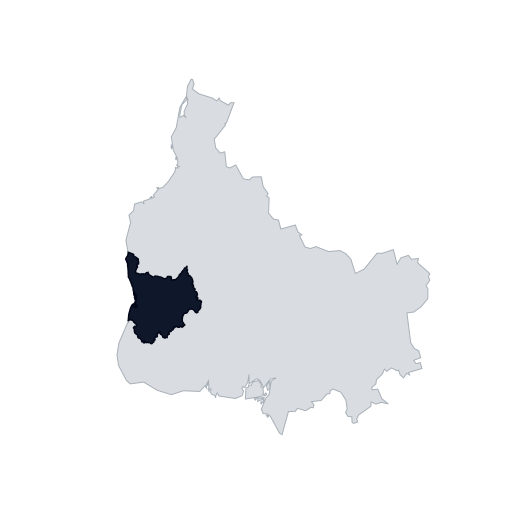 where Bahia sits in Brazil, rotated 164°
{"feature_id": "BRA-624", "entity_name": "Bahia", "entity_type": "State", "adm_level": 1, "iso_a3": "BRA", "parent_name": "Brazil", "parent_adm1": "", "projection": "natural_earth1", "projection_center": [-41.603, -13.426], "detail": "fine", "context": "in_parent", "style": "filled", "palette": "ink", "viewbox_px": 512, "rotation_deg": 164, "n_neighbors": 0, "source": "natural_earth", "source_scale": "10m", "svg_char_len": 9703}
<svg xmlns="http://www.w3.org/2000/svg" viewBox="0 0 512 512"><g transform="rotate(164 256 256)"><path d="M152.2,106.8L156.6,111.1L162.1,109.1L163.8,111.9L166.9,107.9L174.4,103.8L176.0,100.0L180.8,97.8L181.2,95.3L175.7,94.5L174.3,84.0L169.6,77.4L176.0,80.8L181.7,80.6L185.6,84.0L186.9,79.9L201.1,74.9L204.2,71.5L204.0,68.4L208.3,68.2L209.5,69.7L208.2,75.0L211.8,76.4L213.1,80.7L210.5,84.0L209.3,92.7L212.0,101.7L218.7,106.9L221.6,106.2L223.0,103.3L225.6,103.9L233.2,99.2L242.8,100.7L241.3,96.8L242.8,94.3L244.7,95.4L251.0,93.6L258.0,98.1L261.0,95.9L267.7,97.5L280.2,77.1L282.2,79.2L286.4,98.0L288.5,100.9L292.6,102.6L293.1,107.3L286.0,116.4L281.6,119.3L275.8,131.6L270.2,133.4L276.1,133.7L284.9,127.5L286.6,135.4L288.9,137.9L298.0,135.1L295.3,144.0L298.8,136.9L303.0,132.8L305.0,134.0L306.0,132.7L305.2,129.5L307.9,125.6L315.0,124.7L330.0,131.5L331.1,135.0L333.2,132.6L336.7,135.3L337.6,138.2L335.8,140.3L336.6,141.3L338.5,139.3L338.9,141.2L337.2,143.2L336.1,149.3L338.5,146.8L340.2,142.2L340.5,145.5L347.3,141.3L363.0,146.5L375.6,146.0L388.0,154.2L398.7,165.7L412.2,167.8L414.8,172.0L418.3,188.5L416.9,199.3L411.7,210.2L397.1,228.1L397.0,226.7L394.3,234.8L389.7,242.0L387.6,243.1L386.0,239.9L384.7,241.5L382.7,249.1L384.3,271.1L381.7,283.7L382.0,288.8L378.0,294.1L376.8,306.8L367.3,322.9L366.9,330.3L361.2,333.3L358.4,339.4L351.0,339.6L349.4,337.3L348.9,339.8L337.4,340.5L338.0,342.6L330.8,347.7L326.7,347.6L319.5,351.9L310.5,359.6L308.9,363.3L307.2,361.9L306.7,363.5L304.6,362.8L307.3,365.0L305.2,367.4L304.6,371.5L306.3,380.5L304.6,393.8L297.2,401.5L288.2,419.8L279.6,428.1L279.3,425.3L285.5,421.9L290.7,411.9L290.8,410.1L287.2,411.2L285.0,408.0L286.1,411.2L285.2,414.9L279.9,421.0L278.3,425.9L278.9,428.6L275.1,438.0L269.6,443.8L268.3,443.0L268.2,438.3L271.2,434.1L266.0,427.5L254.6,420.0L251.0,415.9L247.9,418.1L247.5,415.2L241.0,408.7L238.0,410.4L234.9,409.4L247.9,391.9L249.5,392.0L249.2,390.3L263.9,379.8L265.0,371.1L262.1,364.8L257.3,364.8L259.9,350.0L256.8,347.8L250.4,349.1L246.9,333.7L241.6,331.0L237.6,332.9L229.1,330.7L230.0,320.6L227.1,312.5L229.5,310.8L227.3,308.5L232.1,293.7L229.2,286.9L224.5,284.3L224.7,275.1L209.7,275.0L209.0,267.4L206.1,263.7L208.6,263.6L206.4,251.1L201.7,248.2L195.8,248.5L185.1,240.3L173.9,238.1L169.1,233.6L165.7,226.6L165.3,211.8L155.6,213.6L138.9,225.3L133.9,223.8L122.2,224.3L122.7,209.2L117.1,214.3L109.3,214.6L107.5,209.9L100.6,208.9L102.5,204.9L93.7,191.1L96.0,188.7L95.6,184.9L100.7,180.6L99.8,177.1L102.6,167.7L111.1,161.8L119.8,158.6L126.6,159.8L131.2,130.0L129.3,123.4L125.6,119.8L125.8,112.9L133.2,112.2L131.9,108.4L127.5,108.3L127.5,102.1L141.4,102.0L141.3,99.4L143.4,101.7L147.8,98.2L150.2,102.1L150.5,107.1L152.2,106.8ZM290.2,119.6L305.6,121.4L302.0,131.9L299.2,132.1L298.6,133.9L296.4,133.0L293.9,135.7L288.1,135.7L286.0,130.4L287.5,129.1L285.7,127.2L286.9,121.1L290.2,119.6ZM277.1,132.3L279.4,124.7L281.9,123.7L281.7,128.3L277.1,132.3ZM294.5,115.9L293.0,118.7L289.5,118.1L290.0,116.3L294.5,115.9ZM289.2,112.8L288.6,118.6L287.1,118.0L289.2,112.8ZM296.9,119.6L294.7,119.9L293.7,119.4L296.4,117.7L296.9,119.6ZM286.9,119.8L284.6,121.7L283.7,120.7L285.3,119.0L286.9,119.8ZM291.0,114.7L289.9,113.5L291.8,112.4L291.9,113.5L291.0,114.7ZM289.8,99.9L288.5,100.2L288.2,98.1L289.5,97.9L289.8,99.9ZM306.9,386.0L306.5,384.2L307.4,382.5L307.8,383.0L306.9,386.0ZM332.1,347.0L332.4,349.0L330.9,348.6L332.1,347.0ZM305.9,372.8L305.3,371.7L306.3,370.6L306.6,371.0L305.9,372.8ZM338.1,145.5L337.1,147.7L338.1,144.6L338.1,145.5ZM386.7,243.4L385.2,244.0L386.2,242.3L386.7,243.4ZM341.6,341.3L340.0,342.0L339.7,341.6L340.6,340.6L341.6,341.3ZM384.2,247.3L383.6,248.5L383.3,247.8L384.2,247.3ZM334.0,130.7L334.1,131.9L333.6,131.7L334.0,130.7Z" fill="#d9dde1" stroke="#a8b0b8" stroke-width="1"/><path d="M395.3,229.4L396.6,229.1L397.0,228.6L396.4,229.7L394.6,234.3L393.5,236.4L391.3,240.0L389.0,242.8L387.7,243.6L387.3,243.6L387.5,242.8L387.7,242.7L387.8,242.8L387.6,242.3L387.8,242.0L387.5,241.6L387.5,240.8L386.5,240.6L386.4,240.0L386.0,239.8L386.0,239.3L385.8,239.7L385.7,240.4L385.5,240.7L385.6,240.9L385.0,241.9L384.7,241.8L384.6,241.5L384.4,240.8L384.7,240.3L384.6,240.1L384.1,240.9L384.5,241.6L384.7,242.0L384.9,242.2L385.1,242.0L385.7,242.2L385.5,242.6L385.5,243.1L385.2,243.5L384.3,244.3L384.4,244.6L385.0,244.9L383.9,245.8L383.7,246.6L383.8,247.1L383.1,247.0L383.1,246.7L382.9,247.3L382.9,248.0L382.7,248.4L382.7,249.0L382.7,249.3L382.8,249.2L382.8,248.7L382.9,248.2L383.1,248.1L383.3,248.3L383.5,248.7L383.4,249.1L383.7,250.0L383.5,250.5L383.6,251.5L383.4,251.5L383.2,251.3L383.0,250.8L382.7,250.6L382.7,250.3L382.3,250.3L382.2,250.6L382.5,250.4L382.5,250.8L382.8,251.0L383.2,251.6L383.5,251.8L383.3,251.9L382.9,251.8L382.8,252.1L382.9,252.5L383.4,253.0L383.6,253.7L383.2,253.9L383.0,253.7L382.8,253.8L382.9,254.1L382.8,254.5L383.1,254.8L382.9,254.2L383.8,253.7L383.7,253.0L383.8,252.7L383.5,252.4L383.7,252.1L384.0,252.1L384.0,253.1L383.5,255.1L383.5,256.1L383.4,256.4L383.4,257.1L382.8,259.6L383.1,260.7L383.0,260.9L383.2,261.0L383.4,265.0L384.0,269.6L384.5,271.0L383.8,273.0L383.7,274.1L383.3,275.0L383.3,275.8L382.9,276.6L382.6,278.7L382.2,280.1L382.3,281.0L382.1,281.5L381.9,282.7L381.6,283.6L381.5,284.9L381.8,286.4L381.8,287.6L382.2,288.6L382.1,288.9L381.2,289.9L381.0,290.4L379.9,290.9L379.2,291.7L378.2,293.5L377.8,294.8L373.6,291.7L373.2,290.9L373.6,290.1L373.4,289.4L372.7,288.9L372.5,288.4L372.0,288.1L371.8,287.4L371.1,287.3L371.1,287.0L371.2,286.3L371.1,286.0L370.8,286.2L370.7,286.0L370.9,285.5L370.6,285.6L370.4,286.0L370.1,285.8L370.2,284.9L370.5,284.5L370.4,283.2L370.9,281.2L371.2,280.7L371.8,280.9L372.6,280.9L373.1,280.5L373.1,280.2L372.8,279.6L373.0,278.0L373.5,277.6L374.0,277.6L374.1,277.2L374.7,276.2L375.6,275.4L375.9,274.3L376.3,273.7L376.1,273.0L375.7,272.4L375.1,272.3L374.3,271.5L374.1,271.3L373.8,271.4L373.3,270.6L372.3,270.6L371.3,270.2L370.7,270.4L370.4,270.0L369.8,269.7L369.0,269.9L368.5,269.4L367.8,269.4L367.4,269.2L366.7,269.8L365.8,270.2L364.5,269.8L364.3,269.9L364.0,267.5L360.4,263.8L359.9,263.9L359.2,264.4L358.0,264.5L357.4,263.8L357.0,263.9L356.4,263.7L355.2,263.0L354.1,262.1L353.4,262.1L351.4,260.3L350.9,259.6L349.2,259.2L348.2,259.4L347.3,259.9L346.9,260.6L346.5,260.7L343.7,259.8L343.4,259.5L343.4,258.9L343.3,258.5L344.0,256.4L343.2,256.0L342.7,256.0L342.3,255.7L342.0,255.9L340.9,255.7L340.5,255.4L340.3,255.6L339.6,255.5L336.9,256.9L335.4,258.1L335.2,258.7L335.0,258.9L333.2,260.0L332.3,260.2L331.5,261.3L330.4,262.1L329.5,262.1L329.1,262.8L328.7,263.1L328.5,263.6L328.0,264.1L326.5,264.0L326.1,264.5L325.3,265.1L325.2,265.0L326.1,262.7L325.7,261.5L326.6,259.9L326.5,259.1L326.1,258.0L326.5,256.5L325.8,256.0L325.4,255.3L324.8,254.9L324.4,253.8L324.0,253.1L323.7,251.8L323.6,249.8L324.0,247.9L324.3,247.4L325.1,246.8L325.2,246.3L325.1,245.9L324.3,245.5L324.4,243.9L325.3,243.0L325.1,242.7L324.1,241.9L323.8,241.3L323.8,240.7L324.5,239.6L324.4,238.7L324.2,238.4L323.2,238.0L322.9,237.1L323.0,234.8L323.6,234.4L324.0,233.8L324.7,233.5L325.2,233.0L324.9,232.5L324.4,232.3L323.6,232.3L323.5,231.5L323.7,231.2L324.8,230.7L325.0,230.1L324.1,229.5L322.0,228.9L321.7,228.2L321.1,227.7L321.0,227.4L321.1,227.0L321.3,226.5L321.9,225.9L322.6,223.9L323.8,223.2L323.4,222.4L323.1,222.2L323.2,221.9L324.9,220.2L325.4,220.1L327.0,219.0L327.3,218.7L327.5,217.9L328.9,217.8L329.1,218.0L330.0,219.1L330.3,220.5L331.2,222.0L333.5,223.2L334.4,222.9L335.6,223.0L336.1,222.0L336.8,221.7L337.1,221.2L337.4,221.1L337.6,220.7L338.7,220.3L339.6,220.4L340.4,220.7L341.1,220.4L342.3,219.0L342.9,218.8L343.0,218.3L343.3,218.0L343.8,216.6L344.2,216.2L344.2,215.7L344.6,215.1L344.7,214.7L344.6,214.1L344.8,213.3L344.8,212.7L344.4,212.1L344.0,210.4L343.5,209.6L343.7,209.1L344.7,209.2L345.0,208.5L345.3,208.3L346.2,208.4L346.5,208.0L346.7,207.9L347.1,208.3L347.3,209.0L347.6,209.1L347.9,208.9L348.9,209.0L349.1,208.7L349.5,208.6L350.1,208.8L350.3,209.2L351.0,209.3L351.0,209.9L351.7,210.3L352.0,210.1L352.7,210.0L353.2,210.1L353.6,210.4L353.9,209.7L354.7,209.8L355.1,208.9L355.7,208.6L356.1,208.0L356.5,208.0L357.5,207.8L357.8,207.6L358.4,207.0L358.6,207.1L358.8,207.0L359.1,207.1L359.4,207.0L359.8,207.4L360.0,207.4L360.4,206.7L360.9,206.3L360.8,205.0L360.9,204.8L361.9,204.6L362.4,204.7L362.9,204.4L363.1,203.7L363.7,203.0L363.9,202.2L364.5,202.5L365.8,202.2L366.1,202.3L366.2,202.9L367.0,202.8L367.2,203.3L367.5,203.4L367.9,203.6L367.9,205.2L368.2,205.8L368.2,206.4L369.4,207.1L369.6,208.3L369.0,209.3L369.3,209.3L370.0,209.7L370.7,209.4L370.9,209.0L371.5,208.8L371.7,208.5L372.2,208.6L372.5,208.5L373.0,206.0L373.2,205.7L373.5,205.6L374.0,205.9L374.3,206.0L374.8,205.6L375.5,205.4L376.2,204.6L376.3,204.1L376.1,203.5L376.2,203.2L377.8,202.9L377.9,202.5L377.8,201.7L378.5,201.5L380.2,200.5L380.5,200.5L381.2,200.8L381.7,201.9L383.3,202.4L383.8,203.0L384.7,202.8L385.2,202.9L386.0,203.5L386.5,204.8L386.8,204.7L386.9,203.6L387.1,203.3L387.4,203.2L387.8,203.4L388.0,203.7L387.6,204.5L387.8,205.0L388.4,205.3L389.2,204.9L389.4,205.1L389.2,205.7L389.2,206.3L390.2,209.0L391.7,209.6L391.8,210.1L391.6,210.2L391.4,210.9L391.9,211.2L391.5,212.0L392.1,213.4L392.6,213.8L392.6,214.1L393.3,214.8L393.7,215.7L393.6,217.5L393.1,218.7L393.3,219.3L393.2,220.1L393.5,220.4L393.5,220.9L392.8,221.4L391.8,221.9L391.0,221.4L390.2,221.5L389.8,222.5L389.8,223.1L390.2,223.7L390.3,224.0L390.8,224.5L391.2,225.8L391.9,226.3L391.9,226.6L391.7,227.7L391.8,227.9L392.4,228.2L392.6,228.2L393.0,228.5L393.4,229.3L394.4,229.7L394.8,229.2L395.3,229.4ZM383.2,247.2L384.2,247.2L384.3,247.8L384.0,248.8L384.3,249.6L384.2,249.9L383.8,249.8L383.6,249.2L383.7,248.3L383.1,247.9L383.2,247.2ZM386.4,242.4L386.8,243.3L386.4,243.6L385.2,244.8L385.2,244.0L386.2,243.1L386.2,242.7L385.9,242.3L386.1,242.2L386.4,242.4Z" fill="#0f172a" stroke="#020617" stroke-width="1.5"/></g></svg>